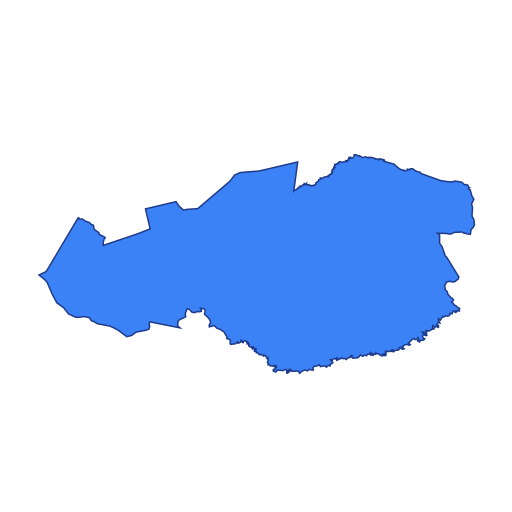 Manyinga, North-Western, Zambia (Equal Earth projection), rotated 97°
{"feature_id": "96606910B15136159078795", "entity_name": "Manyinga", "entity_type": "district", "adm_level": 2, "iso_a3": "ZMB", "parent_name": "Zambia", "parent_adm1": "North-Western", "projection": "equal_earth", "projection_center": [24.317, -13.081], "detail": "fine", "context": "isolated", "style": "filled", "palette": "blue", "viewbox_px": 512, "rotation_deg": 97, "n_neighbors": 0, "source": "geoboundaries", "source_scale": "gbopen_adm2", "svg_char_len": 6045}
<svg xmlns="http://www.w3.org/2000/svg" viewBox="0 0 512 512"><g transform="rotate(97 256 256)"><path d="M239.9,436.2L239.8,437.2L296.9,462.3L301.3,469.1L305.0,463.1L307.6,460.1L318.9,453.5L326.8,447.9L330.6,440.8L336.3,435.1L338.5,428.3L338.7,425.7L337.1,419.4L337.5,413.9L340.4,411.4L340.9,408.7L342.5,405.4L343.4,392.5L344.6,388.5L346.4,383.9L351.8,374.4L350.0,369.7L346.1,365.6L343.1,356.2L341.5,353.3L338.8,353.0L335.4,353.9L334.3,353.3L336.6,322.7L334.9,325.2L330.6,325.5L328.5,324.1L325.0,318.4L321.6,319.2L316.9,317.9L317.0,315.8L319.5,312.8L319.8,310.6L318.1,306.7L318.4,306.0L317.7,303.6L316.1,303.6L314.6,304.8L314.7,301.5L315.1,300.6L316.8,299.7L320.0,300.1L323.5,295.3L326.5,293.3L328.0,293.1L330.4,294.1L332.0,293.7L330.1,288.8L332.3,286.3L333.3,282.6L335.1,278.7L339.9,274.9L341.5,275.0L342.0,272.1L342.8,271.1L345.7,271.1L346.8,270.4L345.6,265.7L343.7,264.2L344.6,263.6L343.9,263.0L344.5,262.4L343.3,260.7L341.4,260.6L342.0,259.3L343.0,259.2L343.6,258.3L341.5,257.1L341.7,255.1L342.9,254.8L342.4,254.2L342.9,253.2L344.2,253.8L344.0,252.7L344.5,251.9L345.0,252.5L346.4,252.1L347.0,250.3L346.5,247.5L346.9,247.3L347.7,248.9L348.5,248.3L347.4,248.0L348.2,245.8L347.9,244.7L348.7,244.5L349.2,246.1L349.7,245.6L350.4,246.1L350.9,245.7L350.8,244.0L352.0,243.8L351.8,242.5L353.7,240.6L353.0,239.0L353.5,238.5L353.2,237.0L354.4,236.5L353.5,235.3L354.7,233.9L355.2,231.8L355.8,231.5L356.5,232.6L357.1,231.6L358.5,231.2L360.0,231.8L361.3,230.7L362.5,230.8L362.3,229.2L363.3,228.4L363.1,225.4L363.7,224.0L362.6,224.7L362.4,222.4L364.1,222.1L364.6,222.9L366.1,223.2L366.0,224.1L366.9,225.1L368.2,224.7L368.8,222.4L366.5,220.5L366.5,215.5L364.9,212.4L366.0,211.5L366.4,210.2L367.0,211.4L368.3,211.4L368.5,210.5L365.9,208.0L365.8,210.0L364.3,208.9L364.6,207.5L366.1,206.2L365.0,200.0L367.1,198.4L364.8,196.4L363.0,193.3L363.8,191.1L362.0,189.3L362.5,185.9L362.0,185.2L360.0,185.9L358.7,185.3L357.2,180.9L356.2,180.1L357.9,178.4L356.6,174.9L357.7,172.5L355.8,170.9L356.1,169.1L354.9,169.2L352.5,166.7L349.8,169.6L349.6,169.1L350.6,167.7L348.8,166.7L348.2,165.5L348.5,163.7L347.3,163.4L347.7,162.5L349.1,163.7L349.8,163.0L348.0,160.8L347.7,159.3L346.6,158.9L347.3,156.7L346.8,155.4L347.8,153.9L345.7,152.2L345.4,150.4L344.3,150.4L343.1,149.2L343.3,148.2L344.6,148.8L345.6,147.5L344.8,143.5L344.1,142.0L341.4,140.2L342.6,137.8L340.9,135.9L341.5,134.2L340.0,133.2L339.4,131.2L337.8,130.8L338.5,129.7L339.7,131.1L340.3,130.3L340.3,127.6L338.6,127.8L339.1,125.7L337.5,125.3L338.4,124.3L338.1,121.8L339.1,121.1L339.9,118.7L339.2,117.7L338.4,118.5L337.9,118.1L339.1,116.7L339.2,115.4L337.9,114.9L337.5,116.7L336.2,115.0L334.8,115.9L334.2,114.4L334.8,113.6L334.2,110.4L333.2,110.6L332.4,109.1L332.7,108.4L334.0,109.1L334.4,107.9L332.6,106.2L332.3,104.0L331.5,102.6L329.9,103.0L329.5,102.4L330.8,99.2L330.0,97.6L328.3,100.2L327.9,99.0L326.2,98.0L325.3,94.7L326.0,93.2L325.1,92.1L323.9,94.1L318.6,89.8L319.5,88.4L319.4,86.9L317.2,85.2L319.2,84.2L320.2,85.3L320.9,84.9L321.3,83.0L319.9,82.9L318.9,79.2L317.5,78.5L317.5,79.6L315.3,81.1L313.2,79.8L311.4,81.8L311.2,79.6L312.7,77.9L314.0,79.1L314.3,77.2L313.9,76.7L312.0,77.5L309.7,77.3L309.6,78.3L309.1,78.2L309.4,75.0L307.5,72.7L306.5,70.3L305.8,70.6L306.4,71.7L306.1,72.2L303.4,71.9L304.7,69.7L303.9,67.6L304.7,66.7L304.4,66.2L302.6,66.4L302.6,68.0L302.1,68.4L299.7,66.9L300.0,65.4L297.7,66.9L296.0,67.2L297.2,65.1L294.5,64.1L294.0,63.1L293.2,63.3L293.3,61.7L292.1,60.3L292.5,58.7L291.7,56.9L290.5,56.3L289.7,56.8L289.0,55.4L289.5,54.4L286.5,53.5L287.7,50.9L287.0,50.2L286.7,50.9L285.9,50.8L285.7,47.4L284.5,48.0L283.7,47.4L282.6,48.5L282.6,49.5L280.8,51.9L280.4,53.7L279.0,54.4L277.9,56.2L275.8,54.6L274.1,55.9L273.9,57.0L270.7,60.8L268.0,61.9L266.4,64.1L261.9,65.1L258.3,63.3L257.6,60.7L257.8,57.3L257.3,55.6L254.2,52.5L252.1,52.1L234.2,66.4L232.9,68.1L224.0,72.5L221.0,75.3L212.9,76.3L211.3,78.6L210.4,69.5L210.7,67.0L210.3,64.9L208.4,62.2L207.1,54.7L208.1,51.9L207.7,51.1L208.3,49.7L208.4,45.9L203.4,45.7L201.7,44.2L198.5,42.9L193.1,44.3L190.0,46.5L181.6,47.0L178.1,48.4L173.0,46.7L170.0,49.1L164.4,51.4L163.5,53.2L162.1,52.4L162.0,53.2L159.8,54.5L159.5,56.9L159.9,57.8L157.7,60.6L157.3,67.7L158.4,69.7L158.9,73.8L158.6,82.1L154.1,102.0L153.0,103.0L152.3,107.4L150.2,111.4L151.0,114.1L151.7,114.6L151.4,116.4L152.4,116.2L153.4,117.9L153.1,119.7L152.6,119.8L153.0,121.4L151.8,124.6L148.0,130.2L146.5,140.1L145.8,141.0L145.2,140.3L144.8,141.0L145.3,141.6L144.8,141.7L144.5,144.2L144.7,145.4L145.1,145.0L145.5,145.9L144.7,149.2L145.1,149.5L144.3,151.3L144.1,154.8L144.8,155.5L144.4,155.9L144.8,157.3L144.2,159.0L145.3,162.5L143.8,165.6L144.3,166.2L143.2,169.5L143.7,171.0L144.7,170.6L147.0,171.9L147.3,173.6L146.5,174.0L147.1,174.5L146.9,175.1L147.4,174.9L147.4,175.7L149.0,175.6L149.4,175.9L148.8,176.2L150.0,176.5L150.4,177.6L151.1,177.1L151.2,178.1L150.7,178.7L151.4,178.8L152.5,182.3L152.0,184.2L152.7,185.1L153.4,185.0L153.7,186.1L154.5,186.0L155.1,187.2L154.8,187.6L155.9,188.2L155.7,188.9L156.5,188.6L157.5,189.4L158.1,188.8L158.2,189.5L159.1,189.3L159.2,189.9L159.3,189.3L159.8,190.0L160.5,189.5L161.4,191.0L163.3,190.4L163.3,191.0L164.3,190.5L165.3,191.7L165.6,191.4L166.2,192.9L166.6,192.6L167.7,194.2L168.4,193.8L168.2,195.0L168.7,195.3L169.4,198.2L170.6,199.1L170.7,201.5L171.6,201.0L172.5,203.0L174.0,203.2L176.1,205.5L177.4,205.4L177.9,206.1L178.2,205.6L178.1,206.3L179.2,206.9L178.9,208.1L179.6,209.0L179.2,210.2L179.8,210.6L178.8,212.1L179.3,213.6L178.7,214.0L178.8,215.1L178.2,215.0L178.7,215.4L178.4,216.2L178.8,216.1L178.3,217.0L179.6,217.1L179.6,218.1L181.1,219.1L181.2,220.6L182.0,220.3L182.5,222.1L183.7,222.2L183.8,223.1L185.3,224.0L185.7,225.6L186.8,226.4L157.6,226.1L171.3,263.4L174.9,281.0L175.8,283.2L178.4,287.2L184.7,290.8L216.1,319.6L218.0,329.7L219.3,333.5L215.8,338.5L211.8,342.0L222.7,371.4L242.0,364.4L248.4,376.2L264.1,408.9L261.1,409.3L257.7,408.8L256.4,407.9L255.8,408.3L253.6,414.3L251.9,414.8L249.8,419.0L248.3,420.3L245.2,421.1L244.8,423.4L243.2,425.2L242.1,429.9L240.4,432.9L241.0,435.6L239.9,436.2Z" fill="#3b82f6" stroke="#1e3a8a" stroke-width="1.5"/></g></svg>